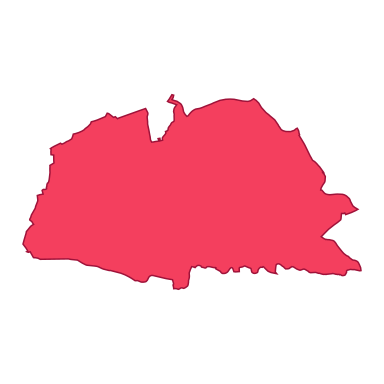 Mihesu De Campie, Mures, Romania (Robinson projection)
{"feature_id": "2599482B65808745586436", "entity_name": "Mihesu De Campie", "entity_type": "district", "adm_level": 2, "iso_a3": "ROU", "parent_name": "Romania", "parent_adm1": "Mures", "projection": "robinson", "projection_center": [24.178, 46.679], "detail": "fine", "context": "isolated", "style": "filled", "palette": "rose", "viewbox_px": 384, "rotation_deg": 0, "n_neighbors": 0, "source": "geoboundaries", "source_scale": "gbopen_adm2", "svg_char_len": 6003}
<svg xmlns="http://www.w3.org/2000/svg" viewBox="0 0 384 384"><path d="M361.0,270.6L360.6,267.6L359.3,264.5L358.4,262.7L357.8,261.9L356.9,261.2L355.6,260.6L354.7,260.3L353.1,260.1L352.3,259.8L349.5,257.7L348.5,256.5L346.5,255.6L344.4,254.0L343.6,253.3L342.0,251.5L339.1,247.9L337.3,245.6L335.7,243.0L334.3,241.3L332.9,240.5L329.3,239.7L327.0,239.6L325.9,239.3L325.6,239.5L324.1,238.7L321.2,236.7L328.5,229.3L334.2,224.8L337.6,222.4L340.7,219.8L341.0,218.7L341.5,213.4L343.1,213.4L343.2,213.6L344.8,213.0L345.6,214.6L351.2,212.6L355.6,210.6L357.9,209.3L354.7,207.4L352.8,205.8L350.6,201.6L349.9,199.6L349.3,198.6L346.5,196.0L344.7,195.0L343.6,194.6L342.2,194.3L337.6,194.1L335.6,194.2L330.4,194.7L329.1,194.7L327.2,194.4L326.1,194.1L325.2,193.7L324.2,192.9L321.9,190.2L320.7,190.0L321.1,188.1L321.6,187.1L322.7,185.1L324.6,182.3L325.0,181.1L325.3,177.1L325.3,176.3L324.6,175.3L323.9,173.3L323.4,173.5L322.6,172.3L323.4,172.1L319.6,166.8L318.5,165.7L316.8,163.7L315.6,162.5L314.5,161.5L313.3,160.8L312.6,160.3L312.2,159.7L311.1,157.6L310.2,156.1L304.9,145.2L303.8,143.2L299.1,135.4L299.6,134.8L299.1,133.4L298.7,131.0L298.0,129.5L297.2,128.2L295.6,129.1L294.8,129.9L294.1,130.4L290.6,131.6L285.8,131.5L283.0,130.7L281.5,129.8L281.0,129.3L280.6,128.8L280.3,128.2L278.6,125.8L278.2,124.9L274.7,119.8L270.0,115.9L268.6,114.6L267.0,113.4L265.9,112.5L261.4,107.5L258.7,103.0L256.0,100.3L255.0,99.7L253.7,98.7L251.7,100.0L250.6,100.7L248.9,101.2L247.6,101.4L242.5,101.0L234.1,99.3L230.1,99.1L225.7,99.3L219.9,100.4L213.5,102.9L211.7,103.8L204.9,106.4L201.8,107.7L199.6,108.4L195.7,109.1L194.2,109.8L192.4,111.0L191.3,112.0L190.0,113.4L188.1,115.8L186.9,116.4L185.1,114.4L184.0,112.6L183.6,111.8L182.8,107.9L182.3,106.5L181.4,104.7L180.6,103.7L177.0,101.3L174.5,100.6L171.9,99.6L173.1,97.7L173.7,95.2L171.9,94.7L169.1,99.3L167.5,101.4L169.1,102.3L171.8,103.0L176.7,104.8L174.9,107.2L174.2,108.4L173.9,109.6L173.6,111.5L174.2,114.2L174.1,115.8L174.2,119.6L174.1,120.8L173.7,121.5L171.8,122.6L171.0,123.7L170.5,124.9L169.0,126.7L168.2,128.1L168.1,129.8L167.6,130.4L167.2,130.5L166.9,131.1L165.5,131.5L165.9,133.0L165.1,134.4L163.1,136.7L162.3,138.0L162.6,140.2L160.2,140.8L159.9,138.3L158.1,138.6L159.0,141.1L154.9,141.6L153.4,142.0L151.6,142.1L150.5,139.9L150.1,136.7L149.7,134.8L148.9,130.3L147.6,124.1L147.6,121.7L147.2,117.6L147.2,116.5L147.7,114.9L147.9,113.9L147.8,112.9L147.3,111.8L145.6,108.5L139.0,110.8L118.6,118.1L117.5,118.7L115.3,116.7L113.6,117.4L108.7,113.6L107.2,113.2L105.4,116.6L97.3,120.0L94.0,121.1L91.3,121.8L90.4,124.0L87.9,126.6L85.2,128.6L84.0,129.9L82.0,131.1L78.9,132.5L75.5,133.6L73.3,134.1L72.7,136.3L71.7,138.9L68.7,140.8L66.6,141.6L64.3,143.1L61.9,144.2L60.5,143.2L54.2,146.3L51.4,147.9L50.4,148.7L51.1,149.2L50.9,151.7L51.0,154.7L53.7,155.1L53.8,161.1L54.0,162.9L53.9,163.0L52.8,163.7L49.9,165.4L50.0,166.5L49.9,169.0L50.0,172.8L49.2,179.4L48.8,181.3L48.2,182.8L47.5,183.1L47.2,183.8L46.9,184.8L46.8,186.5L46.6,186.7L46.6,187.0L46.4,187.3L46.6,188.7L45.9,189.2L44.8,189.5L43.7,189.4L43.2,189.5L42.1,190.4L43.1,194.1L39.9,194.7L37.3,195.5L37.8,199.9L37.7,201.1L35.6,206.5L35.4,207.6L35.2,208.3L31.4,215.0L30.7,217.4L29.9,218.9L29.7,219.8L29.8,220.0L30.3,220.5L31.8,221.5L32.5,222.8L33.6,224.3L31.4,225.7L30.6,226.4L29.3,228.0L27.7,230.0L26.4,231.5L26.1,233.2L24.0,240.3L23.0,244.1L23.3,244.5L26.0,248.1L27.2,250.0L27.7,251.2L26.8,251.7L28.3,252.3L30.2,251.8L33.4,257.5L33.8,257.7L35.3,257.7L38.0,258.2L40.2,259.3L68.4,258.9L70.7,259.4L77.5,260.1L82.3,263.1L85.9,264.9L86.8,265.2L94.6,266.0L96.7,266.3L98.1,266.7L101.9,268.5L103.5,269.1L109.1,270.5L110.5,270.5L120.9,273.2L125.2,274.9L129.3,277.0L131.8,278.5L135.1,280.7L137.5,280.6L138.4,280.9L141.0,282.0L141.7,282.1L143.5,282.1L145.0,281.9L146.1,281.5L146.5,281.1L147.4,280.1L148.8,277.2L149.3,276.7L150.2,275.9L151.0,275.6L151.7,275.4L153.0,275.5L166.1,278.6L172.5,279.7L173.4,282.9L173.6,284.0L173.3,284.7L173.3,285.3L173.1,285.3L173.7,288.0L173.7,288.7L175.4,288.6L176.5,288.7L178.3,289.3L179.5,288.9L180.4,288.2L181.3,287.9L181.9,287.8L183.4,288.3L183.9,288.3L185.6,287.5L187.3,286.2L187.7,285.8L188.1,284.7L188.5,282.3L188.5,280.7L189.1,278.5L189.3,277.5L189.4,276.1L189.2,273.1L189.3,272.6L190.5,269.2L190.9,268.4L191.7,266.6L194.4,267.1L194.3,267.3L195.1,267.6L196.1,266.5L197.3,265.6L198.0,265.4L199.2,265.4L200.5,265.8L201.2,266.3L201.4,266.9L201.6,267.1L202.2,267.3L203.2,267.4L204.5,267.9L205.5,268.0L206.0,267.8L206.5,267.2L207.2,266.7L208.5,266.6L209.8,266.7L213.2,267.5L214.9,267.7L215.1,267.5L215.9,267.7L216.0,267.9L215.7,268.7L215.9,268.9L220.4,271.4L221.1,272.5L222.1,273.3L222.9,273.5L224.9,273.4L226.4,272.8L227.5,272.0L228.1,271.3L229.9,268.7L230.7,267.9L231.1,267.7L231.5,267.6L231.9,267.7L232.3,267.9L232.8,268.5L233.9,271.7L235.6,271.9L239.3,271.6L239.2,268.1L239.4,267.8L239.7,267.5L240.0,267.4L242.5,266.9L244.5,266.0L244.9,266.0L248.6,267.6L250.7,268.3L251.0,268.7L251.7,271.8L252.1,272.4L253.3,273.2L254.3,273.4L255.5,273.3L256.6,272.9L257.5,272.4L257.9,271.3L258.1,270.0L259.1,268.4L260.5,267.2L262.4,267.3L262.9,266.7L263.4,266.7L266.3,269.6L268.0,271.2L268.6,271.5L270.9,272.5L276.7,273.7L275.3,272.0L275.7,267.5L276.0,265.5L276.2,264.8L276.7,264.3L277.6,263.9L278.8,263.8L279.8,264.2L280.8,264.8L282.4,266.2L283.5,266.8L284.6,268.0L285.7,268.9L288.1,268.8L289.4,268.4L290.3,267.5L290.7,267.5L290.9,267.3L291.8,266.6L292.6,266.8L293.0,266.7L293.9,267.2L296.7,269.0L299.5,270.1L300.6,270.1L303.4,269.1L304.7,269.2L308.1,271.2L309.0,272.1L309.9,272.5L310.6,272.7L315.8,272.4L316.5,272.7L317.4,272.9L318.0,273.2L318.6,273.3L319.6,273.3L321.3,273.9L323.4,274.4L325.5,274.3L326.0,274.5L326.3,274.3L332.0,273.7L332.5,273.5L333.9,273.7L336.0,274.3L337.0,274.3L337.4,274.5L339.0,274.4L339.6,274.8L339.9,274.6L340.4,274.6L341.4,275.3L342.2,275.6L343.0,275.6L344.5,275.3L345.2,274.9L345.4,274.5L345.7,273.8L345.9,273.7L345.9,273.4L346.5,272.6L346.6,270.8L347.0,270.4L347.6,270.1L348.3,270.0L350.3,269.4L353.3,269.7L353.9,269.5L359.8,270.8L361.0,270.6Z" fill="#f43f5e" stroke="#9f1239" stroke-width="1.5"/></svg>